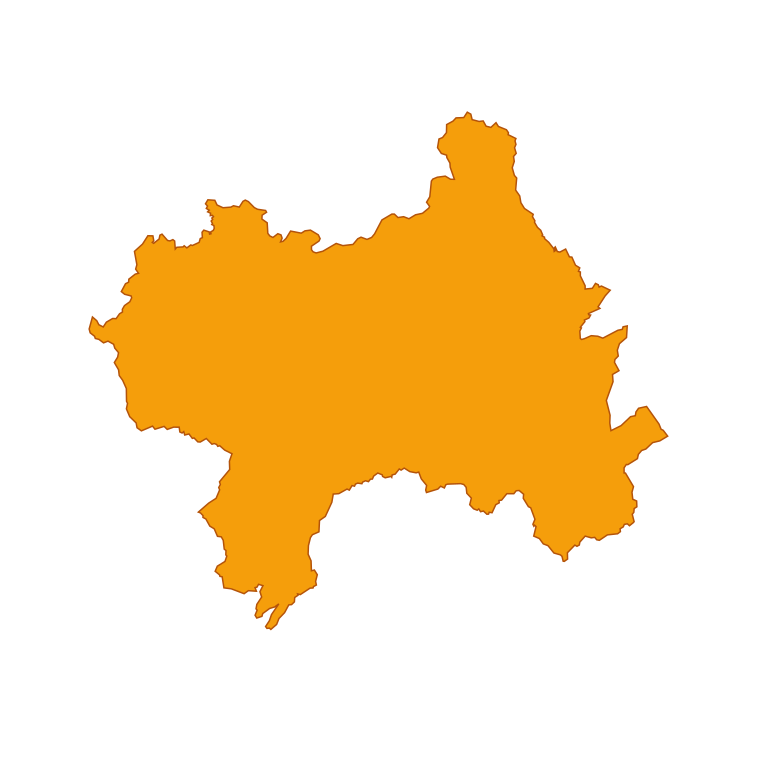 outline of Villa Guerrero, Jalisco, Mexico, rotated 329°
{"feature_id": "50627088B81366253066727", "entity_name": "Villa Guerrero", "entity_type": "district", "adm_level": 2, "iso_a3": "MEX", "parent_name": "Mexico", "parent_adm1": "Jalisco", "projection": "albers", "projection_center": [-103.71, 22.019], "detail": "fine", "context": "isolated", "style": "filled", "palette": "amber", "viewbox_px": 768, "rotation_deg": 329, "n_neighbors": 0, "source": "geoboundaries", "source_scale": "gbopen_adm2", "svg_char_len": 6171}
<svg xmlns="http://www.w3.org/2000/svg" viewBox="0 0 768 768"><g transform="rotate(329 384 384)"><path d="M395.3,531.6L396.5,537.1L398.9,540.2L400.9,539.9L401.0,543.2L403.8,544.1L405.1,548.6L406.6,549.4L408.1,548.1L410.3,550.0L417.7,545.0L421.6,545.2L422.5,543.1L425.0,544.1L432.8,541.3L438.8,544.9L442.4,543.6L445.0,544.9L446.9,550.4L444.5,553.7L444.6,563.5L446.0,565.7L443.7,577.7L439.4,580.9L439.2,583.1L440.4,582.6L440.9,584.5L434.0,591.5L437.6,596.5L438.2,603.1L441.3,607.0L442.6,616.4L447.2,621.3L447.8,623.4L446.3,628.2L447.2,628.9L451.2,628.6L454.3,623.1L464.6,620.4L465.8,622.5L468.5,622.6L470.4,620.4L478.1,618.0L482.4,622.6L485.6,624.0L486.1,627.1L488.1,628.9L497.8,628.4L507.1,632.7L510.6,632.3L511.8,629.7L515.5,629.7L517.7,628.1L520.6,629.2L521.4,631.9L526.5,631.2L527.5,630.8L529.7,623.5L532.0,622.7L534.3,619.6L537.5,619.5L540.3,614.4L537.9,610.9L540.8,604.5L545.0,600.5L545.1,584.7L544.0,583.9L546.6,579.5L550.3,577.8L551.4,578.7L562.8,578.5L565.8,575.3L570.6,573.7L575.0,574.6L584.1,572.6L591.1,574.8L600.3,574.8L599.5,567.5L598.2,565.5L599.1,560.0L597.5,538.5L589.7,535.9L585.6,537.7L583.1,540.6L578.5,539.0L565.8,541.8L554.5,540.9L557.4,533.8L561.7,527.2L566.1,512.6L581.5,500.0L584.8,493.5L592.3,493.6L592.7,484.2L594.6,481.9L599.2,480.7L601.4,475.2L606.6,470.7L615.8,469.1L622.4,459.5L618.4,458.1L616.4,459.9L612.2,458.4L595.2,457.4L591.9,453.2L586.5,449.3L579.2,448.4L576.3,447.6L575.7,446.1L579.1,439.5L582.1,437.6L581.5,436.5L588.3,434.0L588.7,432.4L593.7,433.0L596.6,431.3L595.1,430.0L595.5,428.9L608.0,430.4L607.2,428.1L618.9,422.4L626.2,420.1L620.8,412.0L618.3,411.7L618.8,409.3L617.1,406.7L611.9,409.3L605.3,406.2L607.0,403.4L608.0,392.4L610.0,389.1L608.7,387.6L611.6,385.3L609.3,380.8L610.4,372.0L608.4,370.5L609.2,361.9L602.7,361.5L600.8,359.7L601.4,354.7L600.1,355.1L599.9,357.8L598.2,358.0L599.2,355.6L598.2,347.4L596.5,342.1L597.2,340.8L595.8,338.4L596.8,337.9L597.5,333.0L596.2,328.7L596.3,322.9L597.4,321.8L597.4,317.1L599.3,315.4L594.8,305.9L594.7,299.1L597.2,292.7L596.7,285.6L603.8,275.8L603.2,272.3L605.3,264.7L610.3,260.3L612.2,255.7L616.1,254.4L617.6,248.7L620.5,246.6L621.5,243.1L623.5,241.5L618.8,234.2L620.1,232.7L619.9,229.1L614.7,222.2L614.6,217.7L607.8,219.1L604.3,215.6L604.5,209.6L600.7,207.9L595.7,202.8L597.4,197.4L595.4,193.9L589.6,196.7L582.8,193.0L578.5,194.2L571.3,193.9L567.0,200.7L561.1,202.9L557.3,202.3L551.6,209.0L551.9,215.9L555.5,220.1L554.5,222.3L554.3,228.6L552.4,232.3L549.8,244.8L546.5,242.8L543.6,237.4L536.2,234.2L531.4,233.5L529.1,234.5L519.7,247.1L514.1,250.1L514.6,255.2L513.0,256.3L504.9,257.5L498.2,255.2L490.5,255.2L487.0,250.7L481.7,248.5L480.4,243.7L478.2,242.4L466.7,242.3L453.2,250.5L448.9,252.0L443.9,251.3L439.9,246.3L436.3,246.0L429.3,248.4L420.0,244.2L415.4,238.9L400.0,238.7L393.3,236.7L391.3,234.2L391.0,231.6L392.8,228.5L401.9,228.0L404.1,226.5L404.5,222.3L400.2,214.2L395.1,212.0L390.8,212.1L382.7,204.8L375.0,208.8L370.9,209.7L368.5,208.9L371.8,206.5L372.5,203.1L370.4,200.5L364.3,201.2L362.4,198.3L362.0,195.0L366.9,185.7L364.3,179.7L366.5,176.5L371.8,176.3L371.9,174.3L365.6,169.1L363.7,166.0L361.7,157.8L359.8,154.9L357.2,154.8L351.1,157.8L346.8,153.7L343.8,153.5L336.8,150.0L333.1,144.6L333.6,139.4L327.9,135.4L323.8,137.6L324.4,140.6L322.1,142.0L323.7,145.0L321.5,145.6L323.3,148.3L321.8,150.2L323.8,151.1L324.0,152.8L321.9,153.1L321.9,154.7L319.8,155.3L319.7,158.0L318.5,158.6L319.8,160.5L318.7,163.1L316.8,164.4L313.6,164.4L313.1,166.1L311.7,165.7L312.5,163.6L308.8,159.3L306.2,160.2L303.7,165.0L301.4,164.7L298.5,167.4L291.1,166.6L290.0,165.3L285.1,165.8L283.9,162.6L282.4,163.0L276.8,160.1L274.6,160.8L278.2,153.6L277.4,151.5L274.2,151.1L272.4,149.5L270.9,141.2L268.6,141.0L265.9,143.9L259.0,144.8L258.3,143.3L260.4,142.7L262.2,138.0L258.0,135.3L249.1,139.7L238.4,141.8L233.6,154.5L230.3,157.6L230.6,162.7L227.4,161.7L219.3,162.7L217.5,165.2L214.1,164.9L206.4,169.5L207.9,173.5L212.6,178.3L212.1,180.2L208.5,182.6L202.0,183.1L198.2,185.2L196.9,187.6L193.5,187.6L188.0,190.0L185.2,188.1L177.9,188.0L172.7,190.5L170.1,186.3L170.4,181.8L168.6,176.4L159.6,185.0L158.5,188.8L160.5,194.0L160.0,196.3L162.6,198.9L164.8,204.3L169.5,205.1L172.7,210.7L171.7,214.6L172.6,220.4L169.5,223.8L163.9,226.7L163.8,235.1L161.4,240.4L161.9,246.2L160.8,255.2L154.4,266.2L154.2,268.5L150.4,272.6L149.2,281.1L151.5,289.7L149.8,294.3L151.9,299.2L163.9,300.9L164.4,304.8L173.7,307.1L174.8,311.3L181.4,312.6L186.2,315.5L184.3,320.0L185.7,322.0L187.8,321.7L186.9,325.1L191.1,326.4L191.7,331.9L193.4,332.4L194.6,337.7L196.6,339.1L203.6,339.2L205.5,347.0L207.8,347.6L209.4,349.6L209.4,351.8L211.4,352.3L213.4,358.6L217.8,365.5L211.7,370.6L207.7,377.8L192.6,383.1L192.0,385.8L189.0,387.6L188.6,390.1L181.2,395.5L172.4,395.8L158.9,398.2L160.3,400.0L161.1,403.6L160.1,405.1L161.8,408.0L161.5,416.1L163.9,420.7L162.8,428.8L165.8,431.2L165.7,435.2L162.0,443.3L162.8,445.3L160.4,449.0L160.7,450.5L156.3,454.2L147.3,454.3L142.8,457.6L144.7,462.8L144.3,464.4L146.0,465.9L141.8,476.3L147.6,480.9L156.1,491.7L161.3,491.3L167.9,495.9L168.6,492.1L170.5,492.7L173.3,491.1L176.4,494.5L170.7,498.1L169.4,503.6L161.5,507.4L158.5,510.8L158.8,512.5L154.4,515.8L154.4,519.1L159.7,520.3L161.8,518.3L170.4,517.5L175.4,518.8L180.6,518.3L168.8,523.7L163.8,527.9L157.6,530.9L157.8,533.2L160.0,534.2L160.6,536.1L168.1,534.8L173.2,530.9L181.0,528.8L188.6,524.3L191.2,525.5L195.0,524.6L197.5,521.0L201.5,520.8L201.8,519.4L203.8,521.4L215.5,520.9L218.1,522.3L219.3,521.3L222.5,521.5L223.7,518.0L228.6,513.1L228.5,507.6L225.6,506.7L230.4,498.0L231.3,490.8L236.0,483.6L241.8,477.8L245.0,476.3L252.1,477.2L258.4,467.8L265.5,467.3L278.4,458.5L283.8,452.2L288.8,454.7L298.2,455.0L299.6,457.1L304.3,454.6L306.1,456.4L308.0,455.1L310.4,455.4L313.7,458.1L315.1,457.1L318.3,457.4L320.4,459.7L323.3,458.6L325.1,459.5L327.7,457.6L332.8,457.1L335.7,460.9L335.2,462.5L336.7,465.0L342.5,466.9L342.6,467.9L344.2,466.1L347.2,467.0L353.3,464.7L354.3,466.6L358.0,466.5L361.0,472.4L365.8,476.7L368.4,477.4L367.1,484.5L368.3,492.9L365.1,496.4L364.5,498.9L376.1,501.8L379.9,500.8L382.2,504.2L385.1,502.2L386.8,502.5L398.4,508.9L400.6,511.2L401.2,514.9L398.7,520.3L400.1,526.8L395.3,531.6Z" fill="#f59e0b" stroke="#b45309" stroke-width="1.5"/></g></svg>